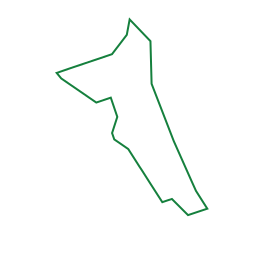 Ameland, Netherlands (Equal Earth projection), rotated 71°
{"feature_id": "6326949B94267238588526", "entity_name": "Ameland", "entity_type": "district", "adm_level": 2, "iso_a3": "NLD", "parent_name": "Netherlands", "parent_adm1": "", "projection": "equal_earth", "projection_center": [5.771, 53.406], "detail": "fine", "context": "isolated", "style": "outline", "palette": "green", "viewbox_px": 256, "rotation_deg": 71, "n_neighbors": 0, "source": "geoboundaries", "source_scale": "gbopen_adm2", "svg_char_len": 545}
<svg xmlns="http://www.w3.org/2000/svg" viewBox="0 0 256 256"><g transform="rotate(71 128 128)"><path d="M93.6,149.7L93.7,134.4L114.0,134.5L127.6,144.7L134.3,144.7L148.0,134.6L168.4,129.7L171.8,128.8L188.9,124.7L209.3,119.7L209.3,114.7L209.4,109.6L224.8,102.1L229.9,99.6L230.0,89.4L230.1,79.3L209.6,84.2L198.8,85.2L155.2,89.0L93.9,91.3L92.3,90.8L53.2,78.5L25.9,91.1L39.5,98.8L48.3,112.0L48.8,112.8L53.0,119.1L52.9,133.7L52.8,148.3L52.7,162.9L52.7,177.5L59.4,175.0L66.3,169.9L93.6,149.7Z" fill="none" stroke="#15803d" stroke-width="2"/></g></svg>